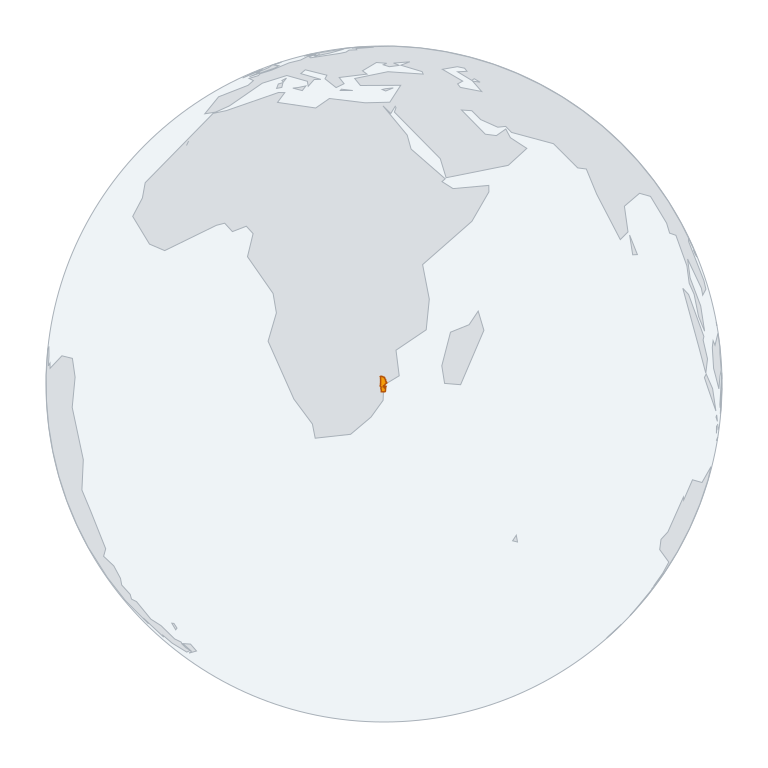 the Earth from above Maputo
{"feature_id": "MOZ-1927", "entity_name": "Maputo", "entity_type": "Province", "adm_level": 1, "iso_a3": "MOZ", "parent_name": "Mozambique", "parent_adm1": "", "projection": "orthographic", "projection_center": [32.628, -25.536], "detail": "fine", "context": "on_globe", "style": "filled", "palette": "amber", "viewbox_px": 768, "rotation_deg": 0, "n_neighbors": 0, "source": "natural_earth", "source_scale": "10m", "svg_char_len": 6603}
<svg xmlns="http://www.w3.org/2000/svg" viewBox="0 0 768 768"><circle cx="384" cy="384" r="338" fill="#eef3f6" stroke="#a8b0b8"/><path d="M47.8,349.5L48.9,346.3L49.0,356.0L48.4,365.9L50.0,363.1L50.1,368.3L61.9,355.8L72.4,358.4L75.1,377.2L72.2,407.4L83.3,459.7L81.9,490.0L90.8,511.4L105.7,548.8L103.6,556.3L113.8,565.9L120.5,578.4L121.7,585.0L130.2,594.4L131.5,599.1L136.5,601.6L150.9,619.2L161.0,625.6L174.6,638.9L181.2,642.1L181.9,643.9L185.8,647.7L190.2,650.4L186.8,652.1L172.1,643.1L163.1,635.4L163.7,637.1L143.3,618.0L148.5,623.8L125.4,600.6L107.3,577.4L88.1,547.1L76.6,524.3L66.8,500.6L58.9,476.3L52.9,451.4L48.7,426.2L46.5,400.7L46.2,375.1L47.8,349.5ZM196.5,651.0L189.1,653.1L191.4,651.2L182.9,643.6L190.5,644.1L196.5,651.0ZM175.7,629.8L171.8,623.2L173.9,623.4L177.0,628.1L175.7,629.8ZM350.9,47.7L344.5,48.4L340.7,49.1L343.7,49.2L329.7,53.1L319.3,55.2L318.9,52.9L304.1,56.1L309.8,54.3L350.9,47.7ZM393.4,46.2L395.4,46.3L420.4,48.0L445.3,51.7L469.8,57.2L493.9,64.4L517.3,73.5L540.0,84.3L561.9,96.7L582.7,110.7L602.5,126.2L621.0,143.2L638.3,161.5L654.1,181.0L668.5,201.6L681.2,223.3L692.4,245.8L691.9,244.9L693.7,249.2L688.5,238.2L688.6,241.5L703.9,280.6L705.9,289.2L702.7,295.2L701.4,288.2L687.6,259.0L690.1,277.9L700.7,305.9L704.6,331.2L698.6,316.6L694.1,294.2L689.2,283.3L686.9,265.8L675.9,235.3L669.6,233.1L666.6,223.1L650.5,196.4L639.5,193.3L624.4,206.2L628.0,231.9L620.3,239.6L596.7,194.2L586.3,169.0L577.7,167.9L553.5,143.7L511.5,132.4L505.7,126.4L497.7,127.2L480.7,119.6L471.8,110.7L461.5,110.0L485.3,134.2L496.4,135.6L505.8,129.0L510.4,137.7L526.8,148.4L508.3,165.3L446.1,177.7L440.3,158.7L394.4,112.1L396.0,107.7L395.8,107.2L395.2,106.3L390.8,113.5L383.0,105.9L407.2,135.1L411.1,149.1L445.2,178.8L442.0,181.6L453.0,188.6L488.8,185.4L488.9,191.9L471.9,221.3L422.6,264.6L429.3,299.2L426.2,329.8L396.0,350.2L399.2,375.8L383.7,385.1L383.1,400.3L371.0,417.1L350.6,434.3L315.2,438.2L312.4,424.0L293.9,399.1L268.1,341.2L276.4,312.9L273.1,293.5L247.5,256.7L253.1,233.6L246.3,226.2L232.4,231.6L224.7,223.2L216.4,225.3L164.7,250.6L149.5,244.1L132.7,216.4L142.4,198.0L145.2,182.7L213.1,113.4L226.4,110.6L278.5,92.5L284.8,92.6L277.5,102.4L315.7,108.0L329.4,98.5L365.2,102.8L389.8,102.2L400.7,85.3L360.4,85.5L354.7,78.5L387.9,71.7L423.2,74.1L422.1,71.6L400.8,65.2L409.9,61.8L393.5,63.1L399.4,65.4L389.3,66.7L383.3,64.8L386.7,63.3L376.4,62.5L362.5,70.8L367.0,74.1L339.2,77.5L344.1,83.7L336.1,87.6L325.0,78.8L326.9,75.2L305.3,69.8L300.8,73.6L320.9,79.4L314.2,79.5L308.2,86.3L307.4,81.3L286.8,75.5L262.3,83.2L229.4,105.9L215.6,112.1L204.8,113.8L218.6,96.8L248.1,85.3L253.4,80.6L249.1,78.4L258.4,75.6L260.2,73.7L271.5,70.2L289.0,62.9L300.7,60.0L309.1,55.7L316.3,54.1L309.2,56.8L310.6,57.8L339.9,53.4L346.0,52.1L349.1,50.1L356.8,49.8L356.1,48.5L373.7,47.2L351.6,48.2L354.7,47.4L360.4,46.9L393.4,46.2ZM188.6,141.1L186.5,145.5L188.6,141.1ZM460.4,87.4L481.7,91.5L472.6,81.1L480.1,82.2L474.2,78.7L471.8,80.4L457.6,71.8L467.0,71.3L464.6,68.2L457.3,66.7L442.4,69.3L462.7,81.1L457.6,83.9L460.4,87.4ZM259.3,70.2L262.6,69.3L257.4,71.8L242.6,78.0L249.9,74.2L259.3,70.2ZM268.4,67.7L272.2,65.1L281.5,62.0L275.6,64.0L281.5,62.2L273.5,65.1L278.8,65.7L274.6,68.1L249.5,76.7L260.0,72.2L256.2,73.0L268.4,67.7ZM292.8,88.1L297.8,87.6L305.9,85.9L302.3,90.6L292.8,88.1ZM278.3,84.0L283.0,82.6L281.8,87.4L276.6,88.4L278.3,84.0ZM286.5,78.1L283.3,82.1L281.9,80.5L286.5,78.1ZM313.7,55.8L318.8,54.7L318.9,55.0L315.7,56.2L313.7,55.8ZM393.3,87.9L385.7,91.0L382.2,89.5L385.5,88.7L393.3,87.9ZM341.4,89.2L352.8,90.5L340.3,90.5L341.4,89.2ZM516.3,535.2L517.5,542.0L512.6,540.8L516.3,535.2ZM483.9,330.3L460.6,384.7L444.6,383.4L441.8,365.8L450.5,332.2L469.1,324.7L478.2,311.1L483.9,330.3ZM716.5,425.5L716.6,432.2L716.4,433.4L716.5,425.5ZM716.7,414.9L717.4,421.4L716.0,417.1L716.7,414.9ZM717.6,423.9L718.2,427.3L718.5,427.6L718.1,430.2L717.6,423.9ZM715.9,411.0L708.4,389.4L704.4,377.5L706.2,374.0L712.6,388.6L715.9,411.0ZM705.8,373.2L698.6,346.2L682.8,288.3L688.6,294.5L703.9,336.5L703.1,339.9L707.5,358.9L705.8,373.2ZM719.9,376.5L718.9,388.9L715.6,375.9L713.6,368.4L712.3,347.4L713.1,340.7L715.0,345.2L717.9,333.4L719.8,346.5L719.9,353.3L721.2,370.0L719.9,376.5ZM629.6,235.0L637.4,254.6L632.7,254.8L629.6,235.0ZM716.5,323.9L716.8,325.9L716.2,322.2L716.5,323.9ZM696.8,257.0L695.0,253.9L693.3,249.6L694.6,251.3L696.8,257.0ZM610.7,634.6L606.7,638.1L608.7,636.0L621.3,624.4L616.9,628.8L610.7,634.6ZM630.4,615.3L629.9,615.7L637.2,607.3L652.6,588.5L651.5,589.2L657.8,581.7L653.7,586.0L662.8,573.1L668.8,562.1L659.7,549.6L661.0,539.4L667.9,531.9L683.4,497.1L683.7,500.0L692.5,479.8L702.0,482.5L711.1,466.5L708.0,479.9L708.3,479.0L699.9,504.0L689.6,528.3L677.4,551.7L663.4,574.1L647.7,595.3L630.4,615.3ZM717.2,440.4L716.5,440.3L717.7,437.1L717.4,438.8L717.2,440.4ZM721.9,389.5L721.7,391.3L720.8,410.3L720.3,413.9L721.4,393.8L720.1,407.8L719.9,404.3L720.8,389.1L721.5,376.1L721.7,372.6L721.8,375.3L721.9,379.2L721.6,376.5L721.7,387.2L721.9,388.8L721.9,389.5Z" fill="#d9dde1" stroke="#a8b0b8" stroke-width="1"/><path d="M381.3,391.7L381.3,390.2L381.3,389.7L381.0,389.2L380.9,388.4L380.9,388.2L381.1,387.8L381.1,387.6L381.1,387.4L381.0,387.2L381.0,386.8L380.7,386.7L380.4,386.5L380.2,385.8L380.2,385.6L380.4,384.9L380.5,384.8L380.6,384.7L380.6,384.1L380.5,383.9L380.5,383.7L380.5,383.3L380.6,383.0L380.6,381.8L380.6,380.8L380.6,380.1L380.6,379.1L380.5,378.3L380.6,377.9L380.6,377.4L380.4,377.0L380.2,376.6L380.3,376.5L381.0,376.2L381.6,376.3L381.9,376.4L382.0,376.4L382.1,376.5L382.7,376.6L382.8,376.6L383.2,377.0L383.4,377.1L383.5,377.2L383.8,377.2L384.0,377.2L384.4,377.3L384.5,377.4L384.4,377.5L384.5,378.1L384.7,378.4L385.0,378.9L385.1,379.0L385.2,379.3L385.3,379.4L385.6,379.5L385.6,380.0L385.6,380.3L385.6,381.1L385.8,381.2L386.0,381.3L386.0,381.5L386.0,381.8L386.0,382.0L386.4,382.1L386.5,382.1L386.7,382.3L386.7,382.5L386.7,382.8L386.7,383.1L385.3,384.0L385.2,384.2L384.9,384.6L384.8,384.9L384.7,385.2L384.6,385.4L384.6,385.7L384.4,385.7L384.4,385.8L384.3,386.0L384.2,386.2L383.6,385.9L383.5,386.3L383.4,386.4L383.3,386.5L383.2,386.5L383.2,386.8L383.3,386.8L383.3,386.6L383.5,386.6L383.6,386.8L383.8,386.9L383.9,387.0L384.0,387.1L384.1,387.3L384.2,387.5L384.3,387.8L384.5,387.8L384.8,388.1L385.0,388.3L385.3,388.4L385.3,388.2L385.3,387.9L385.4,387.7L385.4,387.4L385.5,387.3L385.7,387.2L385.7,387.4L385.6,388.3L385.5,389.9L385.5,390.4L385.4,390.5L385.4,390.8L385.4,391.3L385.3,391.5L384.6,391.8L383.8,391.8L383.2,391.8L382.6,391.8L382.3,391.8L381.9,391.7L381.7,391.7L381.3,391.7ZM385.5,387.1L385.4,386.9L385.5,386.7L385.9,386.6L385.8,386.8L385.8,387.0L385.7,387.1L385.6,386.9L385.5,387.1Z" fill="#f59e0b" stroke="#b45309" stroke-width="1.5"/></svg>